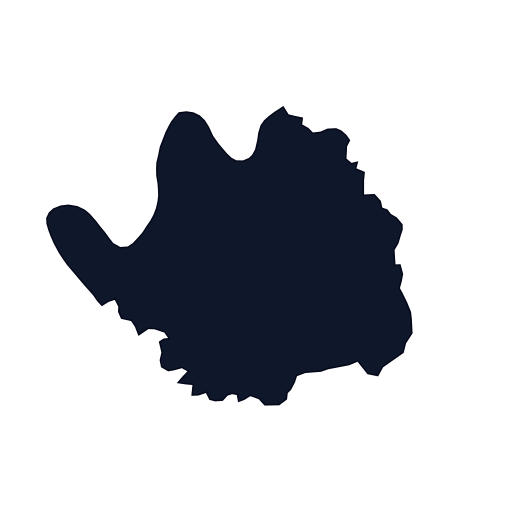 the district of Rio dos Índios, Rio Grande do Sul, Brazil, rotated 318°
{"feature_id": "56859067B40054985686556", "entity_name": "Rio dos Índios", "entity_type": "district", "adm_level": 2, "iso_a3": "BRA", "parent_name": "Brazil", "parent_adm1": "Rio Grande do Sul", "projection": "natural_earth1", "projection_center": [-52.887, -27.252], "detail": "fine", "context": "isolated", "style": "filled", "palette": "ink", "viewbox_px": 512, "rotation_deg": 318, "n_neighbors": 0, "source": "geoboundaries", "source_scale": "gbopen_adm2", "svg_char_len": 2201}
<svg xmlns="http://www.w3.org/2000/svg" viewBox="0 0 512 512"><g transform="rotate(318 256 256)"><path d="M108.5,189.5L116.0,190.8L122.6,193.7L120.4,201.9L116.7,205.6L114.5,212.3L120.4,220.5L119.4,227.7L116.2,236.1L127.5,237.6L132.1,242.1L137.4,251.4L136.4,259.5L131.8,256.2L126.9,255.4L121.7,264.9L115.2,269.5L111.8,275.2L114.2,282.5L119.2,285.6L126.4,289.2L128.9,296.5L120.4,297.1L113.5,298.0L118.5,304.0L123.5,309.4L115.5,316.6L120.2,320.5L128.0,323.9L125.9,331.6L128.9,336.2L134.7,340.7L141.6,340.0L146.3,342.1L149.6,346.4L145.9,352.3L151.0,354.4L158.5,355.7L163.0,364.1L163.0,372.5L173.7,381.8L182.8,382.6L187.6,378.4L192.3,378.2L200.1,375.3L206.0,371.9L214.7,375.3L227.2,384.9L234.2,387.8L252.5,398.9L261.5,402.0L260.5,418.2L266.5,426.3L275.9,423.0L300.8,426.0L308.8,420.6L320.2,417.6L329.4,406.2L333.1,401.0L336.6,391.4L339.5,381.2L340.8,375.7L346.8,371.9L352.7,367.4L357.0,359.0L353.0,355.7L362.5,343.7L370.2,341.2L377.3,336.8L382.1,334.1L385.4,330.4L385.7,321.8L383.6,315.1L384.1,309.4L381.4,304.6L384.9,298.4L384.9,289.6L376.4,282.7L386.2,271.8L392.3,266.2L388.3,257.8L394.0,254.1L388.6,251.2L387.6,243.9L396.6,234.9L402.8,232.5L403.5,226.5L402.8,220.2L400.5,215.1L394.0,209.8L386.7,207.3L380.2,202.7L379.9,196.0L377.5,188.9L382.6,184.5L378.1,178.4L374.2,172.7L375.9,163.4L371.3,162.8L366.0,161.9L359.1,161.3L352.9,161.3L347.1,162.6L340.6,166.5L334.6,171.5L326.9,176.9L320.8,179.0L316.2,179.1L310.0,177.0L304.8,172.2L302.8,166.8L302.3,159.8L302.5,153.6L302.7,147.3L303.8,137.9L306.8,128.3L308.1,121.0L307.6,114.1L305.1,107.9L300.6,102.4L294.6,98.2L288.6,98.9L282.9,100.0L277.4,101.9L272.0,104.0L257.8,111.2L250.6,116.6L244.9,120.5L240.6,124.9L236.1,130.1L231.9,136.7L228.4,141.2L224.4,146.0L219.9,150.0L213.9,154.2L207.7,157.4L201.5,159.6L194.4,161.3L187.6,163.2L181.2,164.0L172.9,164.7L166.7,163.8L160.5,158.9L157.8,150.9L158.3,144.0L159.0,137.5L159.4,128.9L159.9,122.8L160.0,113.6L159.1,107.2L156.0,99.7L150.5,92.8L144.3,88.4L137.1,85.7L131.4,85.7L125.9,88.0L122.4,92.3L119.7,97.9L117.5,103.4L114.8,111.4L112.2,122.2L111.0,130.1L110.3,136.4L110.0,147.1L109.7,155.9L109.5,163.8L109.5,169.7L109.4,176.3L108.5,183.2L108.5,189.5Z" fill="#0f172a" stroke="#020617" stroke-width="1.5"/></g></svg>